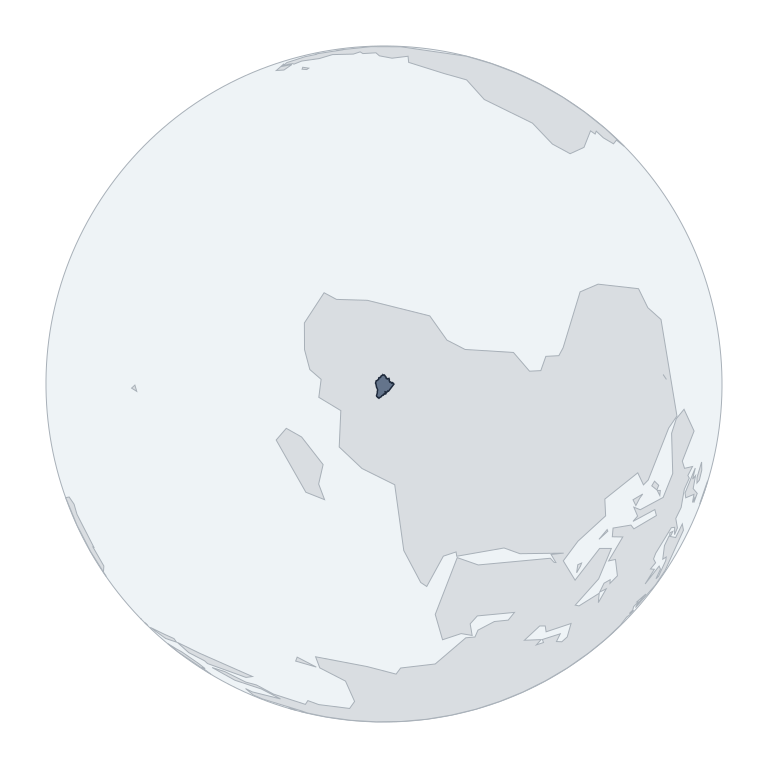 the Earth from above Southern, rotated 126°
{"feature_id": "ZMB-522", "entity_name": "Southern", "entity_type": "Province", "adm_level": 1, "iso_a3": "ZMB", "parent_name": "Zambia", "parent_adm1": "", "projection": "orthographic", "projection_center": [26.307, -16.684], "detail": "fine", "context": "on_globe", "style": "filled", "palette": "slate", "viewbox_px": 768, "rotation_deg": 126, "n_neighbors": 0, "source": "natural_earth", "source_scale": "10m", "svg_char_len": 7401}
<svg xmlns="http://www.w3.org/2000/svg" viewBox="0 0 768 768"><g transform="rotate(126 384 384)"><circle cx="384" cy="384" r="338" fill="#eef3f6" stroke="#a8b0b8"/><path d="M50.5,329.4L50.1,339.3L54.8,339.5L55.9,351.2L54.7,360.9L57.7,360.1L57.8,365.7L75.0,361.3L88.3,368.8L90.9,388.8L85.7,417.2L94.9,470.1L89.4,495.9L97.4,517.6L109.3,553.1L104.7,557.2L115.7,569.0L121.2,580.6L120.8,585.2L129.1,595.3L129.3,598.5L135.1,602.7L147.8,619.3L158.7,627.6L171.1,640.4L178.2,644.9L178.4,646.1L181.7,649.5L186.2,652.6L181.2,651.6L165.7,640.3L157.1,632.5L157.1,633.2L137.5,613.4L142.0,618.7L118.7,592.8L101.3,568.6L70.4,510.0L61.6,485.2L54.7,459.9L49.8,434.1L46.9,407.9L46.1,381.7L47.3,355.4L50.5,329.4ZM193.7,655.4L183.6,653.1L187.4,653.5L179.7,646.3L188.8,649.5L193.7,655.4ZM175.5,635.9L172.7,630.5L175.0,631.3L177.5,635.3L175.5,635.9ZM478.8,59.7L479.9,60.0L482.4,60.7L482.0,60.6L505.9,68.8L529.0,78.8L551.4,90.5L572.8,103.8L593.2,118.6L612.4,135.0L630.4,152.7L646.9,171.7L662.0,191.9L675.6,213.2L687.5,235.5L697.8,258.5L695.0,252.0L696.8,258.1L710.3,297.4L712.4,306.8L711.8,317.0L710.5,309.6L699.6,282.6L702.8,303.9L711.3,330.5L714.4,356.4L710.2,343.5L706.4,320.6L702.5,310.4L699.8,291.1L689.4,259.3L684.9,259.5L681.7,248.3L666.7,221.1L658.1,221.2L647.0,240.5L651.4,269.1L644.9,279.0L622.5,231.5L611.6,203.7L604.0,203.6L580.4,178.0L541.2,168.6L535.2,161.7L527.9,163.3L511.3,155.1L502.0,144.7L492.1,144.2L516.8,172.2L527.4,173.3L535.6,164.9L540.6,174.9L556.5,186.3L540.3,207.1L481.4,222.7L475.0,201.4L427.2,147.0L428.3,141.7L428.1,141.1L427.4,140.0L423.7,148.6L415.2,139.2L441.4,174.3L446.1,190.5L480.6,223.9L477.5,227.0L488.4,234.8L522.7,230.4L523.0,237.6L507.1,270.1L459.2,316.1L465.3,352.1L461.3,383.2L430.9,403.3L433.1,428.9L417.2,437.6L415.9,452.5L402.9,468.5L381.4,484.3L345.4,486.1L343.5,472.2L326.1,446.7L302.0,387.0L311.5,358.9L308.4,338.7L282.4,297.8L288.1,273.8L281.0,265.0L266.5,269.3L258.3,259.2L249.4,260.4L194.2,279.5L177.4,269.5L157.3,234.1L167.2,215.4L169.0,197.8L237.7,128.2L252.3,127.8L306.4,113.8L313.1,114.8L306.7,126.5L347.3,137.7L360.4,127.2L397.2,134.7L421.7,135.0L430.4,114.1L390.3,112.9L383.4,103.4L415.5,95.8L450.5,99.3L448.9,95.8L426.8,86.9L434.9,82.1L419.1,83.8L425.5,87.2L415.8,88.9L409.4,86.0L412.5,84.0L402.0,82.4L389.9,93.6L395.1,98.3L367.4,100.9L373.4,109.5L365.9,114.0L353.0,101.3L354.3,96.7L330.3,86.3L326.4,91.1L348.8,101.8L341.8,101.2L336.8,109.5L335.1,102.8L311.7,91.5L286.7,97.8L254.9,122.3L240.3,127.1L228.1,126.4L239.8,105.5L271.1,97.3L275.6,91.3L269.4,85.9L279.4,84.4L280.7,81.7L292.6,79.2L309.3,71.0L321.3,68.9L328.0,62.0L335.1,60.4L329.1,64.6L331.4,67.1L361.2,64.7L367.1,63.1L369.0,59.2L377.0,59.7L375.0,56.4L392.3,55.2L369.6,54.4L371.3,51.5L381.7,49.5L378.2,48.9L361.2,52.3L358.1,54.0L361.9,55.5L349.9,62.1L339.6,64.0L336.8,57.8L321.9,60.4L326.3,55.8L369.5,47.0L387.5,46.3L417.0,49.1L412.8,49.7L400.0,48.7L411.7,51.4L410.8,50.2L417.4,51.2L420.7,49.9L425.5,50.6L420.4,48.8L426.7,49.6L429.9,50.7L440.1,51.0L453.3,53.4L453.2,53.3L449.5,52.5L462.4,55.3L478.8,59.7ZM214.3,158.2L212.5,163.3L212.4,163.3L214.3,158.2ZM488.2,115.8L508.8,119.8L498.4,106.6L505.5,107.4L499.4,103.0L497.6,105.7L482.5,94.6L491.0,93.1L488.0,88.6L480.9,87.1L467.8,91.9L489.2,107.2L485.0,111.3L488.2,115.8ZM276.3,72.4L280.2,72.6L275.6,75.8L260.4,81.2L266.9,76.3L276.3,72.4ZM286.9,72.4L288.4,66.3L297.9,63.6L292.3,65.9L298.5,64.8L291.1,68.4L298.7,73.0L295.2,76.4L269.0,82.8L279.5,78.4L275.0,78.1L286.9,72.4ZM281.7,61.9L295.8,57.9L292.8,59.0L277.4,63.7L271.9,65.3L275.4,64.1L275.8,63.9L281.7,61.9ZM320.9,110.0L326.1,110.0L334.3,108.8L331.3,114.5L320.9,110.0ZM304.5,102.2L309.3,101.0L309.0,107.5L303.6,108.0L304.5,102.2ZM312.1,95.3L309.5,100.4L307.7,97.9L312.1,95.3ZM333.5,63.7L338.6,62.8L339.1,63.6L336.2,65.3L333.5,63.7ZM423.5,117.2L416.3,121.0L412.7,118.9L415.9,118.0L423.5,117.2ZM371.5,116.4L383.3,118.8L370.6,117.9L371.5,116.4ZM535.3,579.7L535.7,585.8L531.3,584.9L535.3,579.7ZM517.5,383.6L492.7,438.3L477.3,437.0L475.3,419.5L485.0,385.9L503.3,378.1L512.5,364.1L517.5,383.6ZM716.7,443.2L716.9,442.2L716.7,442.9L716.7,443.2ZM717.6,437.6L717.7,435.5L718.2,432.9L717.7,437.3L717.6,437.6ZM718.3,430.1L715.5,414.3L713.4,404.3L714.8,400.1L718.2,411.1L718.3,430.1ZM714.5,399.4L710.2,374.9L698.0,318.5L702.5,323.2L713.9,362.5L713.4,366.4L716.1,384.1L714.5,399.4ZM721.8,392.3L721.8,392.8L721.1,406.4L720.4,396.5L719.6,390.3L719.1,369.2L719.4,361.4L720.4,364.9L720.5,353.4L721.8,392.3ZM652.8,272.4L660.1,292.6L656.0,293.7L652.8,272.4ZM702.0,269.7L702.4,270.8L701.6,269.0L699.9,264.4L700.0,264.2L702.0,269.7ZM663.0,574.7L660.5,572.3L663.4,564.1L669.9,555.8L687.0,522.0L686.7,524.3L695.9,503.7L701.2,500.3L703.0,495.4L692.0,522.9L678.6,549.5L663.0,574.7Z" fill="#d9dde1" stroke="#a8b0b8" stroke-width="1"/><path d="M399.0,379.8L398.9,379.8L398.7,380.0L398.5,380.3L398.4,380.4L398.5,380.5L398.5,380.8L398.4,381.0L398.4,381.3L398.5,381.4L398.3,381.7L398.3,381.9L398.3,382.0L398.4,382.3L398.3,382.6L398.2,382.8L397.9,383.1L397.7,383.3L397.2,383.4L395.1,384.2L394.8,384.4L394.2,384.9L392.8,385.5L392.5,385.7L392.3,385.9L391.5,387.1L391.4,387.3L391.3,387.7L391.1,388.0L390.8,388.3L390.3,388.9L388.8,390.4L388.7,390.5L388.7,390.8L388.5,391.1L388.2,391.4L388.0,391.5L387.9,391.5L387.7,391.6L387.4,391.7L386.7,391.9L386.5,392.0L386.4,392.0L386.2,392.2L385.8,392.1L385.7,392.0L385.6,391.9L385.4,391.7L385.2,391.7L384.6,391.4L384.3,391.4L384.1,391.4L383.9,391.3L383.7,391.2L383.4,391.1L383.2,391.3L382.9,391.4L382.8,391.5L382.7,391.5L382.2,391.8L381.9,391.8L381.5,391.6L381.4,391.4L381.5,391.3L381.4,391.2L381.2,391.1L381.0,390.9L380.8,390.8L380.6,390.8L380.6,390.7L380.3,390.7L380.1,390.8L379.7,390.9L379.6,391.0L379.5,390.9L379.4,390.9L379.0,390.9L378.8,390.8L378.6,390.8L378.4,390.8L378.3,390.7L378.2,390.6L378.0,390.4L377.9,390.4L377.7,390.3L377.7,390.2L377.4,389.9L377.3,390.0L377.3,389.9L377.2,389.9L377.2,389.7L376.9,389.6L376.8,389.4L376.7,389.4L376.5,389.2L376.5,388.8L376.6,388.7L376.8,388.4L376.8,388.2L376.8,387.9L376.8,387.7L377.0,387.5L377.1,387.4L377.2,387.2L377.1,386.9L377.1,386.7L377.4,386.5L377.5,386.4L377.6,386.2L377.6,385.9L378.0,385.7L378.2,385.4L378.0,384.8L378.0,384.7L378.0,384.3L378.0,384.2L377.9,384.1L377.2,384.0L377.2,383.9L377.1,383.7L376.8,383.4L376.6,383.2L376.8,383.1L377.4,382.2L377.5,382.2L377.8,382.0L377.9,381.9L378.0,381.8L378.2,381.7L378.3,381.7L378.5,381.3L378.5,381.2L378.6,380.9L378.8,380.7L379.0,380.5L378.9,380.4L378.7,380.4L378.6,380.2L378.5,379.9L378.6,379.7L378.7,379.4L378.7,379.2L378.8,378.6L378.8,378.4L378.7,378.4L378.4,378.5L378.2,378.5L378.0,378.3L378.0,378.2L378.2,377.9L377.9,377.7L378.0,377.4L378.1,377.2L378.0,376.9L378.3,376.8L378.3,376.7L378.4,376.4L378.5,376.2L378.4,375.9L386.5,376.1L386.8,376.1L387.1,376.1L387.8,376.6L387.7,376.8L387.8,376.8L389.1,376.9L389.2,377.0L389.5,378.3L389.6,378.5L389.7,378.4L389.8,378.4L390.3,377.4L390.4,377.5L390.5,377.5L390.6,377.4L390.8,377.3L390.8,377.2L391.0,377.0L391.0,376.9L391.2,377.0L391.5,377.2L391.5,377.3L391.7,377.5L391.6,377.8L391.8,377.9L391.8,378.0L392.0,378.0L392.2,377.9L392.5,377.9L392.7,378.0L392.8,378.2L393.0,378.1L393.4,378.0L393.7,378.1L393.8,378.3L393.9,378.5L394.1,378.5L394.6,378.7L394.7,378.8L394.9,378.9L395.0,378.9L395.3,378.8L395.8,378.8L396.0,378.8L396.4,379.0L396.5,379.0L396.8,379.3L397.0,379.4L397.4,379.4L397.8,379.7L397.9,379.8L398.0,379.8L398.2,379.7L398.3,379.7L398.3,379.8L398.4,379.7L398.5,379.7L398.8,379.7L399.0,379.8Z" fill="#64748b" stroke="#1e293b" stroke-width="1.5"/></g></svg>